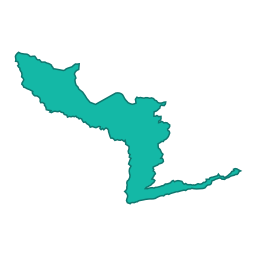 Lavandeira, Tocantins, Brazil (orthographic projection)
{"feature_id": "56859067B90038949596503", "entity_name": "Lavandeira", "entity_type": "district", "adm_level": 2, "iso_a3": "BRA", "parent_name": "Brazil", "parent_adm1": "Tocantins", "projection": "orthographic", "projection_center": [-46.372, -12.823], "detail": "fine", "context": "isolated", "style": "filled", "palette": "teal", "viewbox_px": 256, "rotation_deg": 0, "n_neighbors": 0, "source": "geoboundaries", "source_scale": "gbopen_adm2", "svg_char_len": 5118}
<svg xmlns="http://www.w3.org/2000/svg" viewBox="0 0 256 256"><path d="M23.8,87.2L25.3,87.6L26.7,88.5L28.1,89.1L29.5,89.6L31.0,90.4L32.8,91.5L32.3,92.9L33.4,94.7L34.7,95.8L36.9,95.9L38.5,96.8L39.7,97.9L40.3,99.5L40.1,101.2L40.7,102.7L42.5,102.5L44.5,103.7L44.5,105.4L45.5,106.5L46.0,107.8L46.3,109.7L48.3,110.2L50.9,110.6L49.8,112.0L51.4,112.6L53.3,111.6L54.9,111.2L56.4,111.5L57.9,111.7L59.8,111.1L61.3,112.3L63.4,112.7L64.2,114.4L65.5,114.8L66.8,115.1L67.5,117.1L69.4,116.4L71.1,116.8L72.7,116.3L74.4,116.7L76.0,116.2L76.9,117.3L78.3,117.8L79.1,118.9L80.3,118.4L81.6,118.9L82.5,120.8L83.6,122.3L85.5,122.0L86.6,123.5L88.2,124.5L89.4,125.4L90.2,127.2L92.4,126.5L94.5,127.3L96.0,127.7L97.2,127.1L98.8,126.4L100.3,126.7L100.0,128.5L101.1,129.6L102.5,128.5L103.8,129.8L104.9,128.7L106.0,128.0L107.5,128.7L108.5,130.2L108.6,131.7L110.0,136.3L110.8,138.1L112.6,138.2L113.6,138.9L114.9,140.4L117.5,139.6L118.7,140.1L120.4,140.3L121.7,139.7L124.3,141.5L125.1,140.4L125.7,142.4L125.7,144.2L127.7,145.5L129.0,146.4L129.0,149.0L128.2,151.1L128.6,153.3L130.1,154.5L129.5,155.7L129.3,157.3L131.0,158.3L130.0,160.0L129.2,162.2L128.6,164.0L131.0,166.1L129.5,168.9L129.2,171.1L129.5,173.4L130.0,175.2L129.8,177.4L128.7,179.8L127.2,181.2L126.8,182.9L127.2,185.1L126.8,187.2L126.9,188.6L125.9,190.6L124.7,191.4L126.6,193.4L127.6,195.2L127.6,196.9L126.8,199.2L126.5,200.6L127.4,202.7L128.9,203.2L130.2,203.7L131.0,202.8L132.6,202.5L134.1,202.7L136.0,201.9L137.5,201.7L138.5,200.8L140.9,200.3L143.1,199.9L145.4,199.4L148.8,199.0L150.3,198.9L152.1,198.9L153.5,198.8L155.3,198.4L156.8,197.5L158.4,196.7L160.1,196.0L162.1,195.6L163.7,195.9L165.1,194.6L167.3,194.0L168.7,194.4L170.6,193.5L171.8,193.1L174.4,192.4L176.1,191.8L177.7,191.8L181.0,190.8L182.4,190.5L184.1,190.1L185.7,190.5L186.9,189.6L188.3,189.0L190.4,188.9L191.8,188.3L193.8,188.7L195.2,188.8L196.7,188.9L202.9,188.5L204.9,187.9L206.5,186.0L207.5,185.1L210.0,184.7L211.2,183.7L211.9,180.9L214.1,180.1L215.6,179.2L217.4,178.7L219.2,178.0L220.8,178.2L221.8,179.1L224.6,179.4L226.3,178.1L228.6,177.5L230.4,176.3L231.8,175.8L234.0,175.3L235.5,174.5L237.2,174.4L238.2,173.3L239.1,171.6L240.6,170.9L238.4,169.8L236.9,168.9L235.1,168.6L233.5,169.3L234.1,170.6L231.8,171.5L230.6,173.3L229.1,174.5L227.9,175.6L226.0,176.9L224.4,177.5L223.2,176.3L221.3,176.4L219.8,176.0L218.4,174.1L217.5,175.7L214.8,176.5L213.0,177.1L211.1,177.4L209.8,178.0L209.2,179.3L207.8,179.3L206.2,179.3L206.5,181.0L205.0,182.3L203.4,182.4L202.0,183.7L200.0,184.2L198.0,183.7L196.3,184.5L194.9,185.1L193.7,184.9L192.3,185.1L190.6,184.6L188.9,184.7L187.2,184.6L185.7,183.5L184.2,184.2L183.0,183.1L181.9,181.4L179.8,180.9L177.9,180.6L176.1,181.0L174.6,181.7L173.2,180.5L171.6,181.4L170.6,182.7L169.5,183.2L167.4,183.9L165.3,184.0L163.4,185.6L161.9,185.8L160.5,186.4L159.0,186.8L157.1,187.3L155.2,187.4L154.1,188.1L152.5,187.7L150.8,187.8L149.3,188.1L147.5,188.7L145.3,188.6L146.3,187.3L147.7,186.8L149.1,185.9L150.2,185.4L151.3,184.7L152.4,183.4L153.7,182.6L154.9,180.5L153.5,179.3L151.9,179.1L152.7,177.7L153.6,176.5L154.3,175.0L155.4,173.8L154.6,172.0L153.2,171.0L153.8,169.4L153.0,168.4L153.3,166.9L154.4,166.5L155.7,165.8L157.6,165.1L158.8,164.0L160.5,163.5L162.2,162.8L163.4,161.5L163.2,159.9L162.3,158.3L160.8,158.3L162.1,156.2L163.0,154.2L161.6,152.9L160.8,151.1L160.1,149.5L158.4,148.0L158.1,145.9L158.1,143.7L160.0,142.7L161.8,141.4L163.3,141.5L164.1,140.1L166.0,139.2L167.5,137.7L168.5,136.2L169.1,134.6L169.7,133.0L169.2,131.2L167.9,130.5L167.6,129.0L168.8,128.1L169.7,126.5L169.7,124.9L168.4,124.0L167.2,122.9L165.7,122.6L163.9,122.9L162.6,121.8L161.3,121.3L160.3,122.3L158.6,122.7L158.7,121.1L160.0,120.4L161.0,118.9L161.0,116.4L158.6,116.6L156.9,115.5L155.7,116.2L153.9,116.2L153.9,114.1L154.2,111.7L155.8,111.3L157.4,110.3L158.5,109.1L159.8,108.2L160.1,106.5L161.3,105.0L162.8,105.5L164.2,105.6L165.4,104.0L165.7,102.0L163.9,102.2L162.2,102.9L160.5,103.1L159.1,103.0L157.7,102.4L156.5,100.8L154.6,100.0L153.6,98.6L151.6,97.9L149.6,98.3L147.5,97.7L145.4,97.7L144.1,98.2L142.4,97.9L140.4,97.5L138.5,97.9L136.9,97.2L135.4,99.3L135.8,101.6L136.0,103.1L134.1,103.9L132.2,104.3L130.2,103.7L128.1,102.7L126.6,101.0L125.4,99.7L124.4,98.2L123.4,96.2L122.4,94.6L120.9,93.6L119.2,93.0L117.3,92.9L115.7,93.1L95.5,104.4L90.0,102.3L86.8,98.5L85.0,95.5L82.6,92.1L78.9,89.2L77.8,86.8L76.2,85.3L75.4,83.1L75.0,80.9L75.0,79.3L75.9,78.1L75.3,76.3L74.4,74.2L74.9,72.5L75.8,71.3L77.1,70.2L78.7,69.5L79.2,63.8L77.1,64.1L75.4,64.0L73.4,65.5L72.0,66.8L70.1,67.4L67.5,68.3L66.0,69.0L64.8,70.1L63.6,70.5L61.7,70.2L59.7,69.8L58.0,69.5L56.3,69.2L54.7,68.9L53.4,68.8L52.8,67.3L51.8,66.4L51.5,65.2L50.4,64.4L48.6,63.5L46.6,63.0L45.0,62.1L43.3,62.1L41.5,62.1L40.5,61.0L39.5,59.8L37.9,59.9L36.6,59.1L35.9,57.7L34.7,56.2L32.6,56.3L30.9,56.6L29.6,56.1L28.7,55.1L27.3,54.3L26.0,54.1L24.2,54.0L22.5,53.7L21.0,53.5L19.9,53.0L18.6,52.3L17.4,53.3L16.1,54.8L15.4,56.3L15.6,57.9L15.9,59.6L15.6,61.3L17.6,61.5L18.3,62.9L18.7,64.6L17.7,65.7L18.8,67.3L19.9,68.2L19.9,69.6L20.6,71.0L21.6,72.5L22.0,74.8L21.6,76.8L23.1,78.2L23.8,79.8L22.9,81.6L22.1,82.8L21.8,84.2L23.1,85.5L23.8,87.2Z" fill="#14b8a6" stroke="#0f766e" stroke-width="1.5"/></svg>